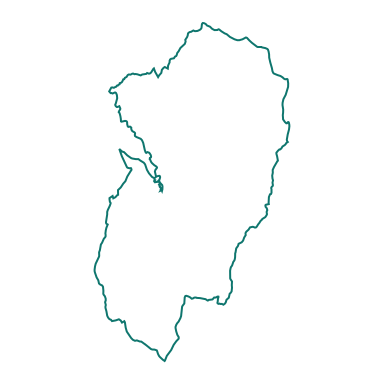 outline of Quetame, Cundinamarca, Colombia
{"feature_id": "7082276B8666631490654", "entity_name": "Quetame", "entity_type": "district", "adm_level": 2, "iso_a3": "COL", "parent_name": "Colombia", "parent_adm1": "Cundinamarca", "projection": "equal_earth", "projection_center": [-73.872, 4.33], "detail": "fine", "context": "isolated", "style": "outline", "palette": "teal", "viewbox_px": 384, "rotation_deg": 0, "n_neighbors": 0, "source": "geoboundaries", "source_scale": "gbopen_adm2", "svg_char_len": 5971}
<svg xmlns="http://www.w3.org/2000/svg" viewBox="0 0 384 384"><path d="M287.8,142.0L287.1,141.1L286.8,139.8L287.7,134.5L289.0,129.5L289.4,126.2L289.3,124.7L288.9,122.7L288.5,122.1L287.8,122.2L287.1,123.2L286.3,123.3L284.9,122.0L283.1,119.4L282.8,115.1L283.1,112.7L283.2,109.6L282.5,105.0L282.6,102.8L283.4,99.2L285.7,94.8L288.1,86.9L288.2,83.3L287.6,79.4L287.1,79.0L285.2,79.3L283.7,78.5L282.8,77.5L280.5,76.0L277.6,75.1L274.0,73.6L273.3,73.0L272.5,71.3L271.9,68.1L270.3,62.5L269.2,57.7L269.1,54.4L268.6,51.6L268.0,49.7L267.4,49.0L265.4,48.1L262.0,47.4L261.5,47.0L257.7,47.0L257.1,46.8L251.9,42.8L249.4,40.5L247.0,37.9L246.4,37.6L245.8,37.5L242.5,39.3L239.3,40.2L237.3,40.2L234.5,39.3L229.9,36.9L226.7,34.2L224.7,33.4L221.4,31.3L219.2,29.5L218.4,29.3L217.4,30.0L214.5,30.1L212.1,28.8L210.0,26.7L207.0,25.5L205.7,24.0L204.1,23.2L202.8,23.0L202.2,23.6L201.9,24.4L201.5,27.9L201.0,28.8L199.9,29.8L197.6,30.9L196.0,31.1L194.8,31.1L193.3,30.5L191.1,31.8L189.9,32.0L188.5,32.8L188.0,33.6L187.7,35.5L187.1,37.1L185.3,39.8L185.6,41.6L184.8,43.9L180.4,48.0L178.6,51.3L177.3,52.9L176.6,55.3L176.2,56.0L175.0,56.6L173.9,58.3L171.1,58.8L170.1,59.5L169.6,60.8L169.6,62.3L168.1,65.6L167.8,68.6L164.8,67.0L163.6,67.8L161.9,69.8L161.3,72.9L159.1,75.4L158.1,77.1L155.1,71.8L153.9,68.4L153.4,68.8L151.1,72.5L150.0,73.4L149.3,73.6L148.7,73.6L147.1,73.0L146.2,73.9L142.2,74.5L140.7,75.4L137.3,74.3L135.4,74.0L134.4,74.2L133.2,73.6L132.3,73.7L130.6,74.6L128.7,74.5L127.7,75.1L126.5,77.0L124.9,77.8L124.2,79.2L123.3,79.3L122.2,81.7L121.7,82.3L121.0,82.8L119.8,83.1L119.6,84.3L118.4,84.8L117.8,85.6L116.8,85.7L116.2,86.7L114.4,87.4L113.9,87.8L112.2,87.4L111.3,87.6L109.2,91.4L109.9,92.3L110.7,93.1L111.4,93.0L112.6,93.5L114.8,92.5L115.4,92.5L116.1,93.1L116.9,95.1L117.2,98.2L115.9,103.1L115.2,104.9L115.8,106.2L116.8,107.0L117.4,107.0L119.3,106.2L120.3,108.4L120.2,109.4L119.3,110.7L118.7,112.1L119.6,113.2L120.4,116.2L120.8,118.7L121.0,121.4L121.5,121.7L125.0,120.9L126.2,121.1L126.8,121.5L127.1,122.2L127.2,124.3L127.8,126.5L128.5,126.9L130.0,126.6L131.0,127.3L131.3,127.7L131.2,128.7L131.8,130.5L132.6,131.3L134.4,132.3L135.0,133.0L135.1,133.7L134.8,134.9L135.0,136.0L136.4,137.0L140.7,138.8L142.0,140.2L143.2,142.9L144.8,150.1L145.6,152.3L146.2,152.9L147.4,152.1L149.1,152.7L149.8,153.5L150.8,155.2L151.1,156.6L150.9,157.4L149.9,157.9L149.7,159.1L150.0,159.3L151.1,161.9L152.0,163.1L154.3,165.2L156.3,166.5L156.9,167.2L157.0,167.6L156.8,168.1L155.4,169.9L154.9,171.6L156.1,176.8L156.6,176.4L159.2,175.8L159.8,176.1L160.1,176.9L160.1,177.4L159.7,179.0L159.2,179.8L159.3,181.3L160.0,182.7L162.2,185.1L162.5,186.6L162.4,189.3L162.0,190.9L161.7,190.2L160.5,190.7L160.9,190.0L160.7,189.7L160.9,189.5L160.9,188.5L160.8,188.0L159.9,187.1L160.0,186.6L159.9,186.0L159.6,185.9L159.7,185.5L159.0,184.7L160.0,183.5L158.2,181.0L157.3,181.9L156.7,182.0L155.5,182.1L155.0,182.3L154.6,181.9L154.1,181.1L155.1,180.1L154.5,179.7L154.5,177.8L153.6,177.8L152.0,176.9L148.9,173.2L146.9,169.7L145.1,164.4L143.8,162.7L140.4,160.6L138.4,159.1L135.7,159.1L132.2,158.5L131.0,158.0L127.3,155.4L124.0,152.1L122.2,151.6L119.3,149.0L121.8,156.1L126.8,166.9L127.2,167.5L128.0,167.9L129.8,168.3L130.9,168.1L131.2,168.5L131.5,169.6L131.3,170.3L130.7,171.0L127.3,176.5L125.4,181.2L123.2,183.7L120.8,187.4L118.0,190.1L118.1,194.8L117.2,195.2L115.4,197.2L113.3,198.3L112.6,196.0L109.5,198.1L109.5,199.3L109.9,201.9L110.6,202.9L110.6,203.5L109.7,206.0L107.8,210.0L107.2,211.9L107.2,214.4L106.0,222.1L106.1,223.1L106.5,223.8L107.7,224.5L106.4,227.8L105.8,230.3L105.4,233.5L105.6,234.7L105.6,236.3L105.3,237.0L103.8,238.8L102.1,242.7L100.9,244.5L99.9,250.1L99.1,252.3L99.2,255.9L99.0,256.7L95.7,263.7L95.0,266.5L94.6,269.6L94.6,271.1L94.9,272.4L96.6,277.4L98.3,280.3L99.0,283.5L100.3,284.6L102.2,285.5L103.0,286.8L103.4,290.7L103.3,293.9L103.8,294.9L104.9,296.3L105.7,298.7L105.7,300.7L105.4,301.2L105.1,302.2L105.8,305.0L105.4,306.8L105.5,308.0L106.4,311.2L107.2,315.7L108.1,317.6L109.4,319.1L111.0,319.8L112.0,321.1L115.7,320.4L118.9,319.3L120.7,320.5L122.0,322.6L124.3,321.2L124.9,322.3L125.7,327.7L126.8,331.6L131.2,338.1L132.9,339.8L135.0,340.8L136.9,340.4L139.8,341.5L141.3,341.6L146.1,345.1L150.9,349.0L152.2,349.5L154.6,349.6L156.8,350.4L157.1,351.1L158.0,353.9L159.0,355.9L159.9,357.0L162.8,359.7L164.6,361.0L165.0,360.5L166.8,355.9L171.2,350.0L173.7,344.8L176.3,341.2L178.5,338.9L178.7,338.4L178.7,337.1L177.3,334.8L176.2,331.3L175.6,328.3L175.5,327.0L176.3,324.7L177.2,323.2L178.6,321.6L180.4,318.1L181.1,316.1L182.1,306.7L182.5,305.9L184.3,303.5L184.7,297.4L185.4,296.0L186.3,295.8L188.5,296.5L190.2,297.4L191.7,298.7L192.8,298.5L194.3,297.6L195.9,297.5L196.8,297.9L200.1,298.1L205.6,299.2L207.5,300.5L208.0,300.5L208.8,299.9L212.1,299.5L212.5,299.4L214.2,297.5L215.9,297.5L217.4,296.6L218.4,296.6L218.5,297.0L218.0,298.6L217.7,301.6L217.4,302.9L217.8,303.5L218.8,303.9L219.5,303.6L220.6,304.0L221.9,303.9L223.4,304.7L224.7,303.8L225.7,302.5L226.5,299.8L228.8,297.7L229.7,293.7L230.8,292.7L231.6,291.4L232.0,287.8L231.8,285.1L232.0,281.5L230.4,279.0L230.2,278.4L230.1,270.7L230.5,268.6L230.9,267.2L232.1,265.5L233.3,261.9L234.4,260.4L234.8,259.1L235.1,257.2L235.2,253.2L235.5,252.6L236.2,248.4L238.0,245.9L238.6,243.8L241.7,242.3L243.1,240.6L244.2,237.5L245.7,235.1L245.5,233.4L245.7,232.7L246.3,231.7L248.5,229.7L250.0,227.4L252.6,226.8L253.3,226.9L255.0,227.6L256.0,227.4L256.8,226.6L258.2,224.3L259.2,223.1L260.6,220.9L261.9,219.7L262.3,219.0L265.3,217.1L266.5,215.3L267.0,214.1L266.7,212.8L266.7,211.6L267.3,210.1L266.8,208.3L265.6,206.8L265.4,205.5L265.5,205.1L266.0,204.7L268.8,204.1L268.6,202.8L268.9,197.1L270.0,194.3L270.9,194.1L271.5,192.8L271.5,189.3L271.2,188.0L271.7,186.9L272.6,186.1L272.9,185.2L272.5,182.7L273.0,180.3L272.5,178.6L272.2,175.6L272.8,172.8L272.7,169.9L274.0,167.0L277.4,161.1L277.9,160.7L277.1,156.3L276.4,153.8L276.4,152.7L278.0,150.7L279.4,149.4L280.0,149.5L281.3,148.5L282.5,146.5L284.7,145.1L285.7,144.1L286.2,143.1L287.8,142.0Z" fill="none" stroke="#0f766e" stroke-width="2"/></svg>